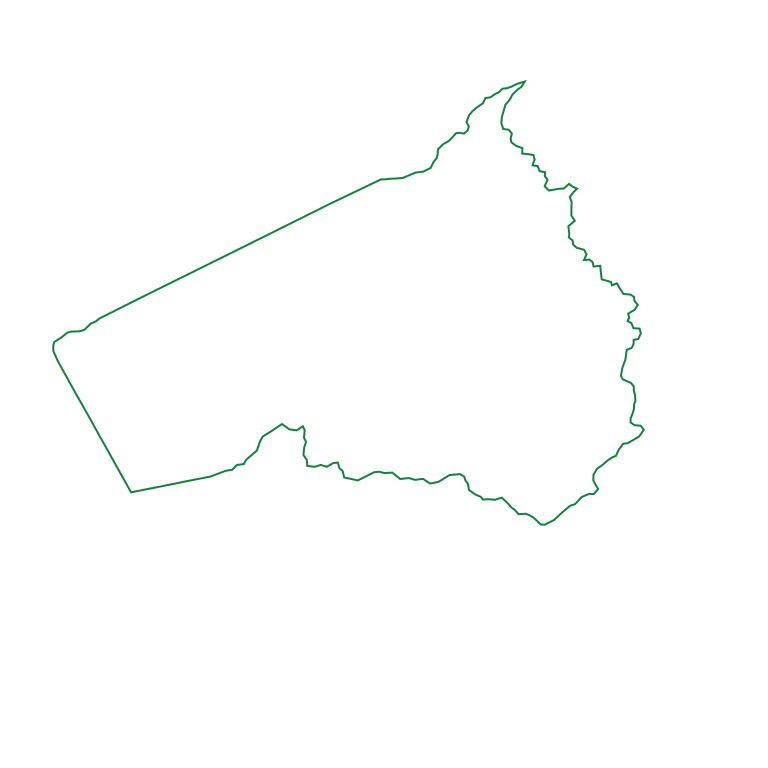 the district of Santa Filomena, Pernambuco, Brazil, rotated 240°
{"feature_id": "56859067B7026761946048", "entity_name": "Santa Filomena", "entity_type": "district", "adm_level": 2, "iso_a3": "BRA", "parent_name": "Brazil", "parent_adm1": "Pernambuco", "projection": "equal_earth", "projection_center": [-40.595, -8.21], "detail": "fine", "context": "isolated", "style": "outline", "palette": "green", "viewbox_px": 768, "rotation_deg": 240, "n_neighbors": 0, "source": "geoboundaries", "source_scale": "gbopen_adm2", "svg_char_len": 2986}
<svg xmlns="http://www.w3.org/2000/svg" viewBox="0 0 768 768"><g transform="rotate(240 384 384)"><path d="M185.9,516.9L195.7,517.0L200.6,520.0L204.0,525.8L204.6,532.2L206.0,539.5L206.4,544.7L205.8,548.9L209.7,554.4L212.7,561.3L210.8,565.8L211.0,578.9L214.5,586.1L219.4,585.5L223.0,580.5L227.3,578.3L230.8,580.3L234.1,584.4L237.3,587.9L241.2,590.3L243.8,593.4L248.9,595.8L253.6,597.2L257.1,599.1L261.4,598.4L268.5,593.2L272.5,593.2L278.7,598.4L284.5,605.3L292.2,611.3L291.4,616.5L293.8,620.1L297.4,622.3L295.9,626.8L299.5,631.8L304.2,633.0L307.6,628.0L313.2,628.7L316.7,626.4L318.9,629.6L322.8,630.5L323.0,638.4L325.6,643.3L330.8,642.5L334.5,644.0L338.3,642.1L342.3,636.3L348.1,636.1L354.7,636.0L355.4,630.8L358.9,631.6L365.8,624.9L370.9,627.0L378.3,630.4L380.9,624.2L385.3,625.6L389.0,624.1L391.4,619.2L395.1,624.2L400.2,624.4L405.7,618.9L410.4,617.5L414.0,619.1L418.5,617.3L421.4,619.6L425.1,621.1L428.5,622.6L430.0,630.8L436.3,630.5L443.2,634.6L447.8,637.5L453.1,638.4L455.6,644.5L456.6,648.9L460.7,645.9L464.8,644.4L463.4,637.3L465.5,633.4L469.2,623.5L474.9,622.0L479.2,627.8L483.6,627.2L486.9,629.4L490.5,625.2L495.9,626.1L499.1,622.0L503.2,626.7L507.6,627.9L511.0,623.7L514.5,618.9L519.1,621.8L523.9,617.7L529.6,615.1L533.4,616.5L537.0,620.0L541.8,619.2L545.2,614.8L551.2,616.0L556.3,619.6L560.9,624.4L565.1,628.7L567.4,635.1L570.5,640.1L572.2,647.0L572.6,651.5L575.6,657.1L577.4,649.2L577.8,643.4L578.6,638.5L580.5,634.3L579.3,629.7L579.5,624.6L579.1,619.4L580.9,614.8L577.7,610.1L577.0,601.9L575.9,596.5L574.3,592.2L569.7,586.5L564.5,586.2L561.6,582.9L560.9,578.4L563.4,575.6L565.2,571.7L563.4,566.5L562.1,561.9L562.1,555.2L560.3,548.1L556.3,545.5L553.3,542.6L551.4,537.8L547.8,532.4L548.3,524.3L551.3,517.1L552.2,510.2L553.0,503.6L555.7,497.6L558.6,492.2L560.7,487.1L562.7,483.8L567.0,428.4L572.6,337.7L580.3,217.0L583.0,170.7L582.3,165.0L582.9,160.2L580.7,151.4L582.1,146.2L585.9,139.2L586.8,135.0L585.7,128.6L585.2,119.2L582.1,116.4L577.6,114.0L566.8,113.0L531.1,112.3L502.3,112.1L476.8,111.6L471.7,111.6L422.3,110.9L416.6,110.9L411.3,126.6L409.2,132.6L398.2,165.3L390.6,187.6L388.0,203.4L385.6,209.7L387.4,216.3L384.7,222.5L387.3,226.6L389.9,240.6L392.9,244.1L395.8,247.3L399.1,252.5L399.4,260.7L400.3,275.6L392.0,279.4L387.4,285.4L388.0,292.5L383.8,292.3L377.4,287.8L372.9,287.6L369.0,283.2L362.9,278.8L356.7,279.2L351.5,276.6L346.9,282.6L345.6,288.7L340.9,293.1L340.9,300.6L339.1,304.7L333.2,303.3L329.5,304.7L323.0,302.8L313.6,313.1L312.5,331.5L310.4,336.0L306.7,339.8L303.1,346.9L293.7,350.5L290.0,358.7L285.5,362.9L282.4,370.3L274.8,374.1L272.0,382.2L272.4,395.1L270.0,400.4L267.9,404.8L263.7,407.1L259.5,406.3L255.7,406.8L249.5,404.6L242.1,408.2L238.0,411.3L234.4,412.0L232.1,416.7L228.3,422.2L226.7,429.2L218.6,431.6L213.7,432.5L208.8,434.5L204.0,435.4L200.6,442.1L197.8,444.2L193.8,446.6L183.8,449.6L181.7,453.2L181.2,463.1L183.8,474.7L185.5,484.4L184.4,489.3L187.3,498.8L186.3,506.6L183.8,510.7L185.9,516.9Z" fill="none" stroke="#15803d" stroke-width="2"/></g></svg>